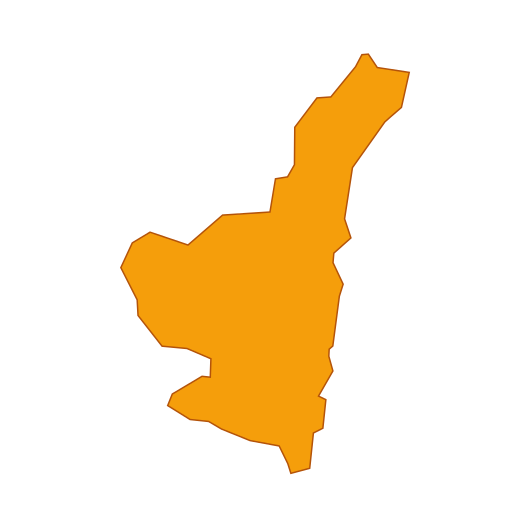 Boboye, Dosso, Niger (Natural Earth projection), rotated 6°
{"feature_id": "23599985B30838539224942", "entity_name": "Boboye", "entity_type": "district", "adm_level": 2, "iso_a3": "NER", "parent_name": "Niger", "parent_adm1": "Dosso", "projection": "natural_earth1", "projection_center": [2.857, 13.176], "detail": "fine", "context": "isolated", "style": "filled", "palette": "amber", "viewbox_px": 512, "rotation_deg": 6, "n_neighbors": 0, "source": "geoboundaries", "source_scale": "gbopen_adm2", "svg_char_len": 821}
<svg xmlns="http://www.w3.org/2000/svg" viewBox="0 0 512 512"><g transform="rotate(6 256 256)"><path d="M183.8,414.0L207.5,425.5L226.2,425.5L239.8,431.7L269.4,440.2L298.9,442.5L309.3,459.1L313.4,468.5L331.6,461.5L331.6,434.5L331.6,426.0L340.5,420.3L340.5,391.6L332.8,388.8L344.5,362.3L338.9,348.1L338.5,341.0L341.8,337.5L343.1,287.3L345.6,274.9L333.3,254.6L333.1,245.0L348.5,228.1L340.2,209.8L342.7,158.0L370.1,109.2L375.0,103.8L385.1,93.0L389.2,57.4L356.9,55.9L346.6,43.5L340.3,44.7L335.2,57.4L313.8,90.0L300.1,92.4L281.1,123.9L283.1,144.7L284.7,161.2L279.1,174.0L267.3,177.2L265.3,210.8L218.5,218.8L187.2,252.2L148.1,243.4L131.6,255.9L122.8,281.7L142.4,312.0L144.9,327.5L172.0,355.5L197.0,355.2L221.9,362.9L223.2,381.3L214.9,381.3L187.2,402.0L183.8,414.0Z" fill="#f59e0b" stroke="#b45309" stroke-width="1.5"/></g></svg>